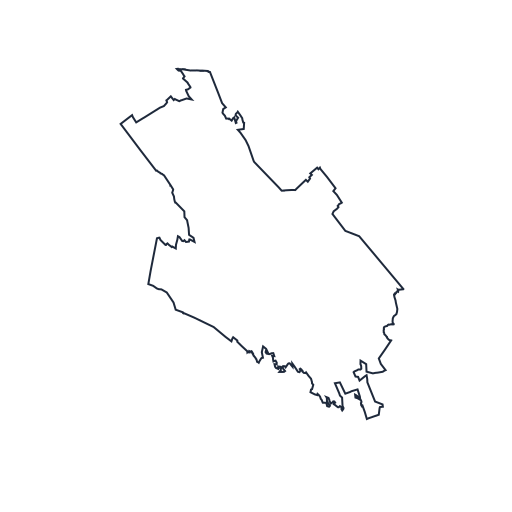 Umurgas pag., Limbaži, Latvia (Natural Earth projection), rotated 57°
{"feature_id": "27541924B87093232945567", "entity_name": "Umurgas pag.", "entity_type": "district", "adm_level": 2, "iso_a3": "LVA", "parent_name": "Latvia", "parent_adm1": "Limbaži", "projection": "natural_earth1", "projection_center": [24.943, 57.497], "detail": "fine", "context": "isolated", "style": "outline", "palette": "slate", "viewbox_px": 512, "rotation_deg": 57, "n_neighbors": 0, "source": "geoboundaries", "source_scale": "gbopen_adm2", "svg_char_len": 5972}
<svg xmlns="http://www.w3.org/2000/svg" viewBox="0 0 512 512"><g transform="rotate(57 256 256)"><path d="M439.8,249.0L439.6,248.2L446.0,249.7L453.1,251.8L453.4,249.9L456.0,239.5L450.8,235.1L450.2,234.3L451.5,231.7L449.4,230.7L442.9,235.4L422.6,231.4L419.9,229.8L416.2,228.2L416.2,230.2L416.9,237.0L413.0,236.2L411.3,238.2L406.6,237.4L406.4,236.4L406.9,233.3L406.9,232.0L408.1,230.2L407.9,229.1L405.7,227.8L404.8,227.5L403.6,227.3L400.7,225.3L406.7,222.5L413.2,226.3L418.1,221.9L419.1,219.4L420.1,217.5L422.1,212.8L422.1,210.6L422.3,209.5L414.5,210.1L408.8,208.8L405.0,199.4L400.4,188.6L400.1,188.8L399.7,189.7L398.2,190.3L396.5,190.6L395.4,190.3L395.3,190.5L394.7,190.4L394.5,190.5L393.3,190.5L391.6,191.0L390.3,190.4L389.4,190.4L389.2,190.1L388.2,189.7L387.3,188.7L387.0,188.7L386.5,188.2L386.1,188.1L385.5,187.5L385.4,186.7L385.5,185.9L386.1,184.0L385.7,183.1L385.7,182.2L386.3,181.5L386.7,180.2L387.1,179.7L387.1,179.3L387.5,179.1L388.0,178.4L388.3,177.8L388.2,177.6L387.8,177.5L386.7,177.7L386.0,177.5L385.1,177.0L382.8,175.2L381.7,173.5L381.5,173.0L381.4,171.0L381.2,170.3L381.2,169.9L379.7,168.2L377.4,166.3L371.3,164.1L369.3,163.2L366.0,162.3L363.7,161.4L363.4,161.1L363.4,160.5L363.0,159.9L363.2,159.7L363.6,159.7L363.1,158.5L363.2,158.4L363.1,158.2L362.8,158.0L362.9,157.4L362.8,157.2L362.9,156.7L362.5,156.6L362.4,156.4L363.2,156.1L362.6,155.6L361.4,155.3L362.2,154.9L362.2,154.7L362.1,154.4L362.6,153.6L364.1,150.6L364.0,150.4L295.6,158.7L283.6,167.4L262.4,169.0L260.8,166.5L260.5,162.2L259.9,160.2L258.5,160.2L258.2,159.1L257.7,157.9L258.0,156.3L258.0,155.0L248.9,154.9L243.7,155.8L242.5,152.4L228.4,153.4L218.0,154.6L216.7,154.3L217.2,156.4L215.2,156.6L216.3,165.5L218.4,165.0L219.0,168.4L220.5,168.5L221.9,172.1L219.3,172.7L220.0,176.5L221.7,185.6L222.1,187.1L220.5,189.5L220.3,189.7L217.1,195.3L215.9,197.6L216.0,197.6L215.2,198.9L210.7,199.6L176.2,206.3L175.0,206.2L159.7,202.4L153.2,201.6L144.3,201.9L140.3,202.5L142.8,197.1L137.8,193.4L137.1,194.0L134.2,193.1L132.9,192.5L129.5,192.5L125.1,192.7L125.4,193.3L125.8,195.3L126.0,195.7L126.9,196.5L130.3,195.7L132.0,199.3L133.6,199.8L133.5,200.5L127.9,198.8L128.0,199.3L127.9,199.9L128.0,200.2L129.2,202.7L126.2,203.7L126.3,204.2L125.6,204.5L124.5,206.2L121.4,205.7L118.9,206.1L117.6,206.1L114.9,203.5L114.9,200.4L109.4,201.2L98.6,198.9L76.6,194.4L75.8,195.5L75.2,195.3L74.6,196.0L74.4,195.9L71.6,199.6L71.2,200.2L71.5,200.2L70.3,202.0L70.0,202.0L68.3,204.3L64.7,210.0L61.1,214.0L60.7,213.9L59.7,215.2L59.9,215.3L56.7,219.7L56.4,219.6L56.0,220.5L57.9,220.1L58.5,219.8L59.2,218.7L60.0,218.2L63.5,218.1L65.6,218.2L66.4,218.1L67.0,219.6L67.2,220.4L67.4,220.6L73.4,218.9L73.8,219.1L78.5,219.0L79.0,219.2L79.0,219.7L79.2,222.3L78.5,224.2L79.4,224.6L85.4,225.4L89.7,224.7L86.1,228.4L84.8,233.7L84.6,234.1L84.4,236.0L80.6,238.4L80.1,238.6L80.4,240.1L75.7,240.5L76.7,245.9L76.7,246.4L78.6,246.8L79.1,247.9L80.1,251.6L79.3,255.7L79.0,274.1L78.9,276.0L78.7,283.7L72.3,283.6L70.4,283.2L70.7,287.6L71.5,297.6L104.6,295.3L130.1,293.3L130.3,292.6L132.1,292.1L134.2,291.0L134.7,291.1L136.1,290.0L136.5,290.0L138.3,289.2L149.5,289.1L150.3,289.5L150.5,289.1L155.0,289.2L155.6,289.7L157.3,291.8L161.4,292.4L163.8,293.6L166.3,294.5L167.3,294.6L167.5,294.2L179.5,291.8L184.5,294.8L188.5,294.3L189.6,294.8L195.7,297.2L201.8,300.6L206.7,298.5L210.7,299.9L206.0,302.5L205.8,302.9L207.4,304.4L206.1,307.1L203.8,307.4L204.0,308.8L203.2,309.7L198.4,309.9L196.9,310.7L199.5,313.1L203.0,317.0L206.0,319.2L202.4,321.1L202.6,321.8L199.1,323.0L197.2,323.4L197.3,324.9L197.7,325.4L197.4,325.9L190.5,327.4L188.0,327.0L187.9,327.1L187.2,329.4L211.0,352.4L220.9,361.6L225.0,358.5L229.3,356.8L230.8,355.7L232.5,353.5L238.0,350.7L250.1,350.5L257.3,352.6L263.4,348.0L263.7,347.9L264.4,347.9L264.5,348.1L264.8,347.9L264.7,347.6L264.8,347.5L274.0,341.4L292.5,330.2L307.3,325.6L314.2,323.1L312.3,320.7L311.7,319.4L316.7,317.7L317.7,318.4L324.0,317.0L331.1,315.2L332.1,315.7L332.0,315.2L332.5,315.0L332.4,314.5L332.7,314.3L332.4,314.2L332.1,313.7L332.7,313.6L332.6,313.3L332.6,313.1L333.0,313.0L333.0,312.8L333.4,312.6L333.2,312.5L333.7,312.0L333.4,312.0L333.4,311.7L334.0,311.6L334.3,312.1L334.6,312.2L334.8,311.9L335.3,311.8L335.1,311.6L335.4,311.6L335.7,311.8L336.1,311.7L336.5,312.0L336.7,311.8L337.2,312.1L338.3,312.3L338.5,312.1L339.3,312.2L339.9,312.0L341.0,312.0L341.7,311.9L342.1,312.1L342.8,311.9L345.4,312.7L346.6,311.9L347.0,311.8L346.1,310.4L344.8,307.6L344.6,306.9L345.1,305.6L339.8,303.5L335.7,299.3L339.4,298.1L342.5,298.5L341.1,299.5L341.8,300.3L343.6,300.3L345.5,298.4L345.7,297.7L346.1,295.8L346.9,294.4L349.9,295.2L348.6,296.8L350.7,297.2L351.8,297.9L353.9,298.8L354.1,297.6L354.4,296.6L356.7,296.7L358.1,297.7L356.8,299.4L359.3,300.3L360.8,300.2L362.6,299.0L361.7,298.5L362.2,297.9L360.9,297.4L362.4,295.6L363.8,295.9L364.2,296.8L365.3,297.4L366.0,299.5L368.4,295.7L368.3,294.3L365.6,294.6L363.5,294.2L363.1,293.3L364.1,291.9L365.5,291.8L364.0,288.2L363.8,287.4L364.0,286.7L364.4,286.2L368.7,285.7L365.9,284.1L369.9,283.9L375.9,283.9L377.1,282.8L376.0,280.8L374.7,280.9L374.6,280.2L375.7,279.8L377.8,279.6L378.0,280.0L380.0,279.6L381.2,278.2L380.9,277.4L385.3,277.2L388.9,276.7L392.2,277.7L393.4,278.4L395.2,278.1L398.2,281.5L398.0,282.6L399.9,284.5L404.2,282.0L406.0,280.4L405.2,279.5L407.1,279.0L409.0,278.9L411.1,279.5L412.4,279.3L415.4,279.9L417.4,277.0L420.7,278.1L422.2,276.8L421.9,275.6L416.7,275.7L413.4,273.8L412.7,273.8L414.5,272.5L416.7,272.9L417.7,273.4L420.5,273.5L420.4,271.3L420.0,270.5L420.2,270.0L420.7,269.5L422.1,269.5L422.1,270.8L422.6,271.5L423.6,271.0L427.4,269.7L427.9,269.0L427.6,267.4L429.7,266.6L430.9,267.7L432.5,267.8L432.0,266.3L431.2,265.4L428.9,265.1L421.6,260.9L418.8,261.6L416.6,261.0L405.7,259.1L407.7,254.5L420.1,256.1L421.3,251.1L421.4,249.6L423.2,243.5L430.3,245.4L431.8,246.1L431.1,246.7L429.8,247.3L429.4,247.1L427.4,247.8L426.3,248.4L428.9,249.7L430.6,248.3L434.1,246.5L435.8,247.0L436.5,247.8L436.5,248.1L438.4,249.0L439.8,249.0Z" fill="none" stroke="#1e293b" stroke-width="2"/></g></svg>